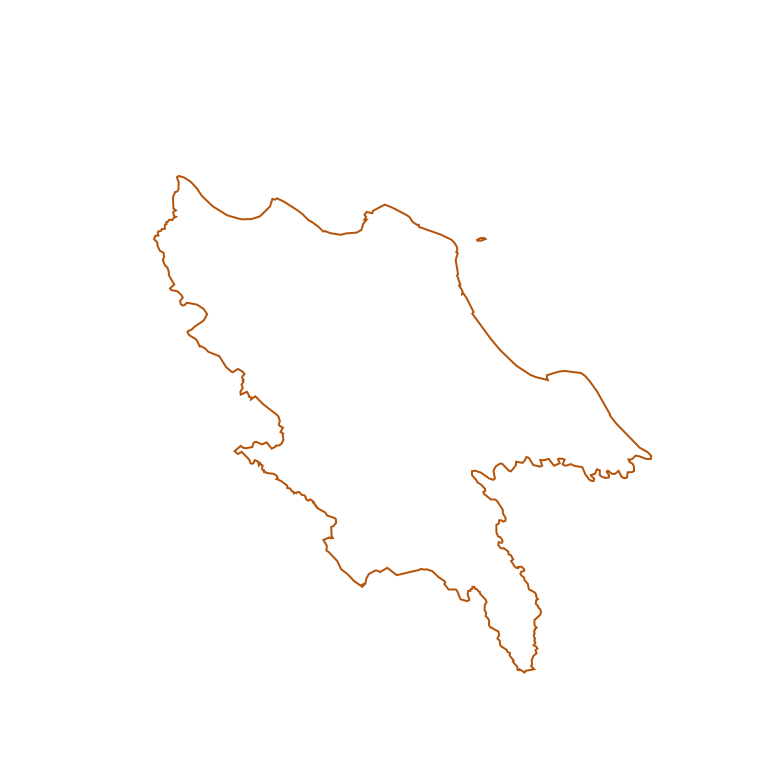 Ogan Komering Ilir, Sumatera Selatan, Indonesia (Equal Earth projection), rotated 306°
{"feature_id": "22746128B6554957987252", "entity_name": "Ogan Komering Ilir", "entity_type": "district", "adm_level": 2, "iso_a3": "IDN", "parent_name": "Indonesia", "parent_adm1": "Sumatera Selatan", "projection": "equal_earth", "projection_center": [105.107, -3.327], "detail": "fine", "context": "isolated", "style": "outline", "palette": "amber", "viewbox_px": 768, "rotation_deg": 306, "n_neighbors": 0, "source": "geoboundaries", "source_scale": "gbopen_adm2", "svg_char_len": 6164}
<svg xmlns="http://www.w3.org/2000/svg" viewBox="0 0 768 768"><g transform="rotate(306 384 384)"><path d="M241.8,302.6L241.6,305.9L241.4,307.0L240.8,306.8L245.4,308.6L243.9,318.1L243.1,320.4L241.7,321.9L241.6,323.6L242.9,324.9L246.4,324.2L247.3,327.6L244.7,330.5L247.2,330.2L246.4,332.1L246.7,333.7L243.5,335.3L243.0,336.7L243.7,337.5L242.2,338.9L243.2,339.8L242.9,341.1L246.2,347.0L246.8,350.1L246.0,352.7L244.1,352.9L244.8,353.8L244.3,354.5L245.0,357.7L244.9,365.5L242.9,367.0L244.3,369.3L243.1,372.6L243.5,374.5L242.7,375.3L243.6,375.6L244.0,377.2L246.0,377.6L246.7,379.5L245.9,382.5L247.1,384.9L246.8,386.9L245.7,387.5L244.8,390.1L245.4,391.6L247.1,391.9L247.5,393.5L247.1,396.8L246.4,396.5L245.7,400.4L245.1,400.4L245.0,402.4L244.4,402.7L245.5,412.0L244.2,415.3L246.5,422.8L246.4,424.3L243.7,426.8L239.5,426.7L237.3,425.3L230.1,431.1L229.2,433.2L227.9,431.7L227.8,430.0L222.2,426.7L219.5,432.9L215.4,435.3L215.6,438.0L213.3,450.2L209.0,458.1L208.7,466.6L207.0,475.8L207.2,485.2L208.3,484.4L208.5,485.7L209.5,486.0L210.3,485.0L211.5,486.3L216.0,484.1L221.3,483.4L227.9,486.5L229.2,488.7L229.5,491.3L237.2,494.7L236.9,506.7L254.1,521.6L256.3,522.6L257.4,525.7L259.0,527.1L261.0,533.1L259.8,541.7L260.1,548.9L259.3,550.3L257.6,550.4L255.7,557.1L260.0,562.9L259.5,565.0L255.1,571.9L255.0,573.1L257.2,578.8L259.0,579.9L260.1,579.4L263.0,575.2L266.1,573.7L267.5,575.5L268.8,574.7L270.4,575.8L271.8,574.8L273.0,576.1L271.9,578.4L272.6,579.7L271.7,582.6L272.1,583.9L270.8,585.0L269.2,593.1L267.8,595.2L264.7,595.4L260.4,598.1L259.0,601.0L255.9,602.8L255.5,605.9L254.2,608.4L250.7,610.5L249.5,613.4L250.5,614.9L250.1,615.6L251.0,622.2L248.6,624.8L244.7,625.4L244.3,628.5L241.3,631.2L240.6,633.5L241.1,639.4L239.8,641.5L240.4,644.1L238.2,645.2L236.4,651.6L235.1,651.4L233.6,657.8L231.2,660.2L231.9,661.4L233.0,661.4L233.1,667.3L235.1,667.1L241.5,673.1L242.3,668.8L244.1,668.7L247.4,665.9L251.8,664.7L255.9,665.7L257.6,663.0L260.2,663.6L261.0,661.5L260.6,658.6L263.5,658.7L264.9,656.3L266.9,655.9L267.5,654.1L269.4,652.4L270.6,652.6L272.3,650.6L273.9,650.8L274.7,650.0L276.6,650.7L277.4,647.5L281.5,644.4L289.1,646.1L291.9,645.0L293.7,642.6L293.8,640.3L294.6,639.7L295.5,635.9L298.7,634.2L300.4,635.0L301.1,632.6L303.2,630.5L304.0,628.6L303.1,621.8L306.8,617.8L308.0,612.7L309.8,611.2L309.8,607.8L310.7,605.8L312.5,605.4L315.4,607.2L316.4,606.4L317.0,603.6L316.6,602.1L314.8,600.0L313.9,600.7L313.0,599.1L313.1,597.1L315.5,590.8L318.0,591.6L320.0,587.6L319.6,584.7L321.5,583.1L321.6,577.2L320.3,576.4L319.9,574.3L320.8,571.2L323.4,569.7L324.7,572.6L326.7,572.3L328.4,568.8L327.8,565.8L330.0,562.2L335.9,557.8L338.7,558.8L341.5,557.4L342.5,558.6L342.9,561.5L344.7,562.6L347.0,561.2L349.4,556.0L352.0,554.1L355.9,544.0L355.8,541.7L353.4,538.3L353.9,529.3L355.0,527.9L356.9,528.7L358.6,527.3L359.6,522.3L359.4,517.2L360.5,515.2L361.9,508.9L365.2,506.4L367.3,508.5L369.3,514.5L369.4,524.6L370.7,528.7L372.7,529.3L378.2,523.5L383.4,522.9L388.0,524.8L388.9,526.7L387.3,536.0L387.9,538.0L395.6,538.5L398.8,536.6L401.6,542.4L404.6,542.9L408.7,542.1L409.4,544.8L406.2,552.2L408.6,558.4L411.0,560.0L414.4,555.1L416.4,558.4L420.2,561.1L417.8,569.6L423.2,572.8L425.3,569.1L426.2,569.0L428.5,572.5L428.9,574.6L424.1,575.7L424.0,577.2L424.6,579.0L429.0,582.2L429.7,586.2L433.3,593.3L429.2,600.1L427.3,606.3L427.8,609.5L428.7,610.5L430.9,609.9L431.4,605.6L432.0,604.9L435.4,607.5L440.1,606.4L441.0,609.4L437.2,612.0L437.0,614.1L437.9,618.1L440.7,620.9L442.6,619.4L443.9,615.8L445.5,616.0L445.4,621.1L446.2,622.7L446.8,623.6L451.6,624.9L448.5,630.9L449.1,633.8L451.0,635.6L455.8,633.0L458.6,636.6L460.6,637.4L464.2,634.6L465.6,631.9L465.2,628.5L466.7,626.2L467.6,627.9L469.7,629.0L473.9,629.6L475.6,633.1L477.5,640.2L480.2,643.9L482.9,642.4L483.8,637.4L482.8,628.2L488.5,595.2L491.4,585.1L492.2,584.9L503.5,560.0L507.3,548.2L508.7,542.0L508.7,537.0L500.6,522.2L496.5,517.9L486.9,510.7L484.3,512.7L483.5,514.2L478.8,502.7L477.4,496.8L476.6,480.2L479.7,458.2L483.0,444.7L492.8,414.1L494.9,414.2L502.3,399.8L503.9,395.0L502.5,394.4L505.3,393.0L507.8,386.9L509.0,387.6L514.9,379.2L516.3,379.4L526.5,369.1L533.2,366.8L533.1,365.0L535.3,364.7L537.9,362.2L539.8,357.5L540.3,353.6L538.3,342.3L531.6,319.8L533.2,318.6L532.2,317.4L531.9,312.2L534.0,306.5L534.0,303.3L531.6,287.1L529.6,279.2L517.6,273.3L515.3,274.2L513.0,268.8L509.5,268.7L508.6,271.4L505.5,271.5L506.8,273.4L501.4,273.0L495.4,275.1L490.5,273.0L483.8,265.1L479.3,261.3L474.5,252.0L473.0,246.4L471.7,245.2L472.7,237.9L472.7,229.8L472.1,227.0L473.6,217.7L473.6,210.5L472.7,195.9L471.3,188.3L469.1,187.5L468.1,184.9L460.6,187.4L446.7,185.1L439.5,179.8L433.8,172.4L432.6,169.8L428.3,158.0L427.1,140.9L429.1,126.1L432.3,117.5L434.0,108.7L433.5,100.6L431.5,95.5L429.6,94.9L426.8,99.1L420.4,103.5L418.0,103.4L416.6,102.2L410.9,103.6L402.3,110.4L402.1,113.6L399.8,112.3L398.9,112.7L396.5,115.1L396.9,117.4L394.1,116.1L392.4,116.5L390.6,113.7L387.9,113.7L387.0,112.7L385.5,114.1L384.0,113.1L380.6,115.5L378.8,113.2L377.2,113.7L374.5,111.7L373.1,112.2L371.5,114.2L369.5,111.9L366.0,112.9L365.3,117.4L362.9,119.2L360.1,124.2L360.6,128.4L357.4,131.5L354.3,132.1L351.2,137.1L350.9,140.3L348.1,144.2L345.6,145.9L341.2,155.8L335.6,154.7L335.0,156.9L337.6,162.4L336.9,167.7L335.7,170.4L331.3,170.2L329.1,172.7L329.2,175.1L330.4,176.2L333.9,176.8L338.4,186.2L338.7,194.0L336.5,199.9L329.4,200.8L319.2,197.1L315.3,196.5L311.0,194.2L309.7,195.6L309.0,198.1L309.7,204.8L308.9,207.8L306.1,212.7L306.8,213.1L307.6,217.7L306.8,223.2L309.7,234.4L304.8,246.5L304.3,253.4L304.5,254.7L310.4,257.0L310.9,262.1L310.1,265.3L306.9,265.0L305.4,265.7L304.8,268.0L303.7,267.7L303.0,269.0L299.7,269.1L297.9,272.0L293.3,272.4L291.2,274.3L297.1,277.7L295.1,282.1L294.3,282.2L295.1,284.6L293.4,285.5L298.4,287.1L296.6,298.3L296.1,315.5L295.5,317.9L292.7,321.6L289.6,322.6L288.8,323.8L289.3,327.9L284.3,328.5L284.6,331.7L283.3,331.9L279.8,335.4L275.9,336.2L272.9,335.5L270.6,332.7L269.5,333.0L265.7,331.2L267.8,323.3L263.5,320.9L262.2,314.9L261.3,313.8L259.7,313.1L255.6,314.5L250.7,309.9L249.6,307.2L249.6,304.4L241.8,302.6ZM555.5,374.6L554.8,375.3L557.1,378.4L561.0,380.9L561.0,379.3L558.7,376.3L555.5,374.6Z" fill="none" stroke="#b45309" stroke-width="2"/></g></svg>